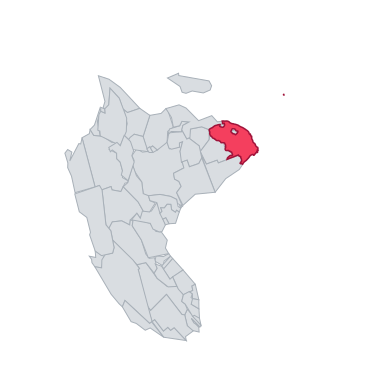 where South Africa sits in Africa, rotated 252°
{"feature_id": "ZAF", "entity_name": "South Africa", "entity_type": "country or territory", "adm_level": 0, "iso_a3": "ZAF", "parent_name": "Africa", "parent_adm1": "", "projection": "albers", "projection_center": [25.295, -34.555], "detail": "fine", "context": "in_parent", "style": "filled", "palette": "rose", "viewbox_px": 384, "rotation_deg": 252, "n_neighbors": 49, "source": "natural_earth", "source_scale": "50m", "svg_char_len": 14663}
<svg xmlns="http://www.w3.org/2000/svg" viewBox="0 0 384 384"><g transform="rotate(252 192 192)"><path d="M259.9,162.6L277.9,175.6L276.3,186.9L279.4,193.0L276.4,194.3L259.4,194.3L257.2,187.6L247.0,183.7L243.4,178.0L242.6,171.9L247.9,168.8L247.0,162.3L259.9,162.6Z" fill="#d9dde1" stroke="#a8b0b8" stroke-width="1"/><path d="M81.1,114.0L82.2,117.1L68.6,121.9L70.8,127.2L67.1,128.9L68.5,133.1L52.5,140.6L62.6,120.2L81.1,114.0Z" fill="#d9dde1" stroke="#a8b0b8" stroke-width="1"/><path d="M242.6,171.9L247.0,183.7L240.0,183.9L238.5,193.9L242.6,195.2L242.8,198.6L234.4,193.2L217.4,191.7L215.5,180.2L209.7,179.4L206.1,182.8L200.7,183.4L196.2,177.2L181.5,178.5L186.1,174.1L189.7,175.1L194.4,170.3L199.6,160.8L202.1,147.6L205.5,145.1L217.0,147.3L229.4,143.8L236.1,143.9L240.1,146.7L245.1,146.0L250.3,152.9L245.2,157.2L242.6,171.9Z" fill="#d9dde1" stroke="#a8b0b8" stroke-width="1"/><path d="M287.7,168.2L287.5,155.2L292.5,151.9L303.6,151.8L316.1,146.1L300.7,139.8L297.0,135.4L299.7,133.5L305.0,137.2L331.5,138.9L324.9,147.9L313.6,156.1L287.7,168.2Z" fill="#d9dde1" stroke="#a8b0b8" stroke-width="1"/><path d="M277.9,175.6L259.9,162.6L264.8,154.9L261.5,148.0L266.8,145.0L277.0,151.5L291.3,152.6L287.5,155.2L287.7,168.2L277.9,175.6Z" fill="#d9dde1" stroke="#a8b0b8" stroke-width="1"/><path d="M225.2,135.7L222.2,134.6L220.8,133.9L221.1,130.9L214.4,124.5L218.7,116.6L222.2,116.7L221.9,106.1L226.8,106.0L226.8,101.4L277.6,104.2L279.2,112.4L282.9,114.4L276.1,116.1L272.8,124.2L264.0,131.0L262.4,136.0L258.2,126.3L252.2,132.3L246.9,130.7L242.7,132.9L233.9,132.5L227.2,130.3L222.5,134.7L225.2,135.7Z" fill="#d9dde1" stroke="#a8b0b8" stroke-width="1"/><path d="M221.9,107.1L222.2,116.7L218.7,116.6L214.4,124.5L218.3,128.2L199.2,137.7L188.8,139.8L183.0,134.7L188.8,133.0L184.5,124.7L179.9,122.6L186.3,116.2L188.2,107.0L183.1,101.7L187.4,100.0L221.9,107.1Z" fill="#d9dde1" stroke="#a8b0b8" stroke-width="1"/><path d="M238.5,248.9L235.9,254.0L232.9,251.8L236.0,248.5L238.5,248.9Z" fill="#d9dde1" stroke="#a8b0b8" stroke-width="1"/><path d="M246.1,227.4L236.5,224.5L228.0,212.4L233.6,213.1L244.3,205.7L252.4,210.0L251.0,221.4L246.1,227.4Z" fill="#d9dde1" stroke="#a8b0b8" stroke-width="1"/><path d="M240.7,226.6L229.1,237.3L222.2,236.7L217.3,241.6L215.2,242.0L212.0,235.4L211.5,226.0L214.5,225.7L214.1,214.3L228.0,212.4L236.5,224.5L240.7,226.6Z" fill="#d9dde1" stroke="#a8b0b8" stroke-width="1"/><path d="M211.5,226.0L212.6,247.5L208.7,249.6L203.8,246.8L202.5,248.6L198.8,244.0L194.3,228.2L184.6,213.9L227.4,211.9L214.1,214.3L214.5,225.7L211.5,226.0Z" fill="#d9dde1" stroke="#a8b0b8" stroke-width="1"/><path d="M61.1,156.6L56.6,155.5L60.5,149.0L66.3,146.2L77.4,147.1L81.9,151.3L62.5,159.4L61.1,157.8L72.0,152.3L61.1,156.6Z" fill="#d9dde1" stroke="#a8b0b8" stroke-width="1"/><path d="M81.9,151.3L77.4,147.1L78.6,144.6L102.5,136.1L92.1,116.0L98.4,113.9L135.0,116.9L135.4,118.4L139.9,117.2L139.1,126.3L120.6,132.2L110.0,139.1L106.9,148.4L97.0,152.1L91.1,148.4L87.5,150.9L81.9,151.3Z" fill="#d9dde1" stroke="#a8b0b8" stroke-width="1"/><path d="M52.5,140.6L68.5,133.1L67.1,128.9L70.8,127.2L68.6,121.9L82.2,117.1L81.1,114.0L98.4,113.9L92.1,116.0L102.5,136.1L78.6,144.6L77.4,147.1L66.3,146.2L59.5,150.3L56.5,141.2L52.5,140.6Z" fill="#d9dde1" stroke="#a8b0b8" stroke-width="1"/><path d="M140.6,150.8L137.6,151.8L135.0,144.2L130.7,141.6L137.8,135.2L142.4,138.2L139.4,144.8L140.6,150.8Z" fill="#d9dde1" stroke="#a8b0b8" stroke-width="1"/><path d="M183.1,101.7L188.2,107.0L186.3,116.2L179.9,122.6L184.5,124.7L183.0,127.0L178.3,124.7L162.1,129.0L147.3,128.9L142.1,130.9L141.1,136.0L130.2,135.3L126.4,130.9L139.1,126.3L139.9,117.2L170.8,101.7L180.2,102.8L183.1,101.7Z" fill="#d9dde1" stroke="#a8b0b8" stroke-width="1"/><path d="M140.6,150.8L143.0,130.1L162.1,129.0L178.3,124.7L184.7,127.9L175.1,142.6L165.6,145.5L163.5,150.5L153.9,153.6L146.9,149.4L140.6,150.8Z" fill="#d9dde1" stroke="#a8b0b8" stroke-width="1"/><path d="M184.2,125.9L188.8,133.0L183.0,134.7L189.3,139.0L186.4,147.4L192.8,155.3L169.0,156.6L163.6,151.2L164.2,148.4L168.8,143.4L175.1,142.6L184.2,125.9Z" fill="#d9dde1" stroke="#a8b0b8" stroke-width="1"/><path d="M130.9,140.1L137.6,151.8L134.7,153.1L127.3,141.8L130.9,140.1Z" fill="#d9dde1" stroke="#a8b0b8" stroke-width="1"/><path d="M127.4,140.9L134.7,153.1L120.6,159.4L115.9,144.1L127.4,140.9Z" fill="#d9dde1" stroke="#a8b0b8" stroke-width="1"/><path d="M97.0,152.1L103.7,149.0L117.3,147.3L120.6,159.4L103.2,166.6L102.6,162.9L98.1,162.3L97.0,152.1Z" fill="#d9dde1" stroke="#a8b0b8" stroke-width="1"/><path d="M73.5,154.2L87.5,150.9L91.1,148.4L97.0,152.1L98.2,158.7L95.1,160.9L92.0,158.5L89.4,160.0L85.5,156.6L78.7,162.5L69.6,160.1L73.5,154.2Z" fill="#d9dde1" stroke="#a8b0b8" stroke-width="1"/><path d="M62.5,159.4L73.5,154.2L74.0,156.1L69.6,160.1L62.5,159.4Z" fill="#d9dde1" stroke="#a8b0b8" stroke-width="1"/><path d="M97.7,158.9L98.1,162.3L102.6,162.9L103.2,166.6L87.4,165.2L90.4,159.5L95.1,160.9L97.7,158.9Z" fill="#d9dde1" stroke="#a8b0b8" stroke-width="1"/><path d="M78.7,162.5L85.5,156.6L90.4,159.5L87.4,165.2L78.7,162.5Z" fill="#d9dde1" stroke="#a8b0b8" stroke-width="1"/><path d="M106.9,148.4L109.1,140.0L120.6,132.2L126.4,130.9L130.2,135.3L134.9,134.8L130.9,140.1L115.9,144.1L117.3,147.3L106.9,148.4Z" fill="#d9dde1" stroke="#a8b0b8" stroke-width="1"/><path d="M236.1,143.9L224.6,144.2L217.0,147.3L205.5,145.1L201.9,149.5L196.8,149.3L192.9,153.7L186.1,145.5L188.8,139.8L199.2,137.7L218.3,128.2L220.8,133.9L236.1,143.9Z" fill="#d9dde1" stroke="#a8b0b8" stroke-width="1"/><path d="M201.9,149.5L199.6,160.8L194.4,170.3L189.7,175.1L182.5,174.3L180.2,176.4L176.9,173.7L179.4,171.7L177.8,170.0L181.5,167.1L186.8,168.0L188.0,164.5L185.4,160.8L186.7,157.4L182.9,157.5L181.8,154.9L192.8,155.3L196.8,149.3L201.9,149.5Z" fill="#d9dde1" stroke="#a8b0b8" stroke-width="1"/><path d="M175.1,155.8L181.4,154.8L182.9,157.5L186.7,157.4L185.4,160.8L188.0,164.5L186.8,168.0L181.5,167.1L177.8,170.0L179.4,171.7L176.9,173.7L167.3,166.7L168.9,160.3L175.6,159.1L175.1,155.8Z" fill="#d9dde1" stroke="#a8b0b8" stroke-width="1"/><path d="M169.0,156.6L175.1,155.8L175.6,159.1L168.9,160.3L169.0,156.6Z" fill="#d9dde1" stroke="#a8b0b8" stroke-width="1"/><path d="M247.0,183.7L255.4,188.3L252.6,200.6L254.3,201.5L244.1,203.5L244.3,205.7L233.6,213.1L221.4,211.8L217.0,207.3L216.8,197.3L223.8,197.2L223.3,191.1L234.4,193.2L242.8,198.6L242.6,195.2L238.5,193.9L239.0,185.8L241.0,183.6L247.0,183.7Z" fill="#d9dde1" stroke="#a8b0b8" stroke-width="1"/><path d="M253.9,186.8L258.9,190.1L258.8,200.7L262.3,204.2L259.5,210.9L258.2,203.9L252.6,200.6L256.0,190.9L253.9,186.8Z" fill="#d9dde1" stroke="#a8b0b8" stroke-width="1"/><path d="M259.4,194.3L269.2,195.5L279.4,193.0L278.9,206.6L273.7,212.3L257.8,220.3L258.5,234.4L250.9,237.8L250.0,242.3L247.8,242.1L246.1,227.4L251.0,221.4L252.4,210.0L244.5,206.9L244.1,203.5L254.3,201.5L258.2,203.9L259.5,210.9L262.3,204.2L258.8,200.7L259.4,194.3Z" fill="#d9dde1" stroke="#a8b0b8" stroke-width="1"/><path d="M247.8,242.1L245.4,243.7L243.8,241.9L245.0,238.6L247.8,242.1Z" fill="#d9dde1" stroke="#a8b0b8" stroke-width="1"/><path d="M180.2,176.4L182.8,175.9L181.5,178.5L180.2,176.4ZM182.1,179.3L196.2,177.2L200.7,183.4L206.1,182.8L209.7,179.4L215.5,180.2L217.4,191.7L223.7,192.0L223.8,197.2L216.8,197.3L217.0,207.3L221.4,211.8L184.6,213.9L188.9,194.4L182.1,179.3Z" fill="#d9dde1" stroke="#a8b0b8" stroke-width="1"/><path d="M247.0,166.0L247.9,168.8L242.6,171.9L241.7,167.0L247.0,166.0Z" fill="#d9dde1" stroke="#a8b0b8" stroke-width="1"/><path d="M308.0,203.9L309.1,215.9L306.8,215.4L292.4,242.5L287.0,243.5L283.4,240.8L282.7,233.4L288.0,223.4L287.7,216.8L289.9,213.4L296.1,213.2L308.0,203.9Z" fill="#d9dde1" stroke="#a8b0b8" stroke-width="1"/><path d="M61.1,157.8L67.0,153.3L72.0,152.3L61.1,157.8Z" fill="#d9dde1" stroke="#a8b0b8" stroke-width="1"/><path d="M157.7,88.6L147.8,82.6L150.9,76.5L155.7,75.0L158.9,75.7L162.7,74.5L159.5,80.2L165.8,81.7L157.7,88.6Z" fill="#d9dde1" stroke="#a8b0b8" stroke-width="1"/><path d="M81.1,114.0L80.1,111.1L109.6,94.7L104.3,90.3L108.3,88.1L119.7,83.5L150.9,76.5L147.8,82.6L155.3,85.3L159.4,90.2L158.4,97.6L163.2,100.7L170.8,101.7L145.5,114.9L135.4,118.4L135.0,116.9L81.1,114.0Z" fill="#d9dde1" stroke="#a8b0b8" stroke-width="1"/><path d="M273.7,122.1L276.1,116.1L282.9,114.4L285.8,119.9L300.0,130.3L297.0,130.2L288.4,123.8L273.7,122.1Z" fill="#d9dde1" stroke="#a8b0b8" stroke-width="1"/><path d="M62.6,120.2L75.6,110.2L75.0,104.8L84.2,98.4L87.5,94.0L104.3,90.3L109.6,94.7L80.1,111.1L81.0,113.4L62.6,120.2Z" fill="#d9dde1" stroke="#a8b0b8" stroke-width="1"/><path d="M277.6,104.2L226.8,101.4L227.5,80.6L244.3,82.3L253.6,81.3L257.9,82.9L268.2,83.1L270.8,86.9L267.1,90.1L259.3,85.4L273.0,99.3L272.1,101.0L277.6,104.2Z" fill="#d9dde1" stroke="#a8b0b8" stroke-width="1"/><path d="M226.4,79.9L226.8,106.0L221.9,107.1L187.4,100.0L180.2,102.8L163.2,100.7L158.4,97.6L159.5,86.2L165.8,81.7L182.9,81.4L185.1,83.0L200.3,84.1L208.0,78.7L226.4,79.9Z" fill="#d9dde1" stroke="#a8b0b8" stroke-width="1"/><path d="M316.1,146.1L303.6,151.8L282.4,152.7L269.8,148.2L258.2,138.1L273.7,122.1L278.4,123.2L279.9,121.5L294.4,127.4L297.0,130.2L294.0,133.6L298.0,134.6L300.7,139.8L316.1,146.1Z" fill="#d9dde1" stroke="#a8b0b8" stroke-width="1"/><path d="M297.0,130.2L300.8,131.3L298.0,134.6L294.0,133.6L297.0,130.2Z" fill="#d9dde1" stroke="#a8b0b8" stroke-width="1"/><path d="M259.9,162.6L243.9,162.7L250.8,148.5L261.5,148.0L263.1,150.1L264.8,154.9L259.9,162.6Z" fill="#d9dde1" stroke="#a8b0b8" stroke-width="1"/><path d="M247.0,162.3L248.1,165.7L241.7,167.0L242.8,163.5L247.0,162.3Z" fill="#d9dde1" stroke="#a8b0b8" stroke-width="1"/><path d="M249.2,149.2L245.1,146.0L238.4,146.3L222.5,134.7L230.0,130.0L233.9,132.5L242.7,132.9L246.9,130.7L252.2,132.3L256.6,129.2L255.5,126.8L260.1,126.6L262.4,136.0L258.2,138.1L266.8,145.0L259.0,149.1L249.2,149.2Z" fill="#d9dde1" stroke="#a8b0b8" stroke-width="1"/><path d="M240.5,226.9L241.4,226.8L242.2,226.9L243.0,227.3L243.8,227.5L244.6,227.4L245.2,227.4L245.7,227.5L246.1,227.7L246.3,227.9L246.3,228.0L246.5,228.6L246.7,229.3L246.8,229.9L246.9,230.7L246.9,231.2L246.9,231.4L247.1,231.6L247.3,232.0L247.3,232.3L247.6,232.8L247.7,233.3L247.8,233.9L248.0,234.2L248.0,234.4L248.0,234.7L248.0,235.2L247.9,235.9L247.9,236.6L247.9,237.3L247.8,237.6L247.8,238.5L247.6,238.9L247.6,239.3L247.6,239.5L247.4,239.6L246.7,239.2L246.1,238.7L245.8,238.7L245.5,239.0L245.1,239.4L244.9,239.8L244.6,240.2L244.2,240.8L244.1,241.5L244.1,241.9L244.1,242.0L244.3,242.1L244.5,242.5L244.8,243.1L245.4,243.6L245.9,243.8L246.7,243.9L247.3,243.9L247.3,243.5L247.4,242.8L247.6,242.3L247.8,242.4L248.1,242.4L248.6,242.5L249.0,242.6L249.3,242.6L249.8,242.6L250.1,242.6L250.0,243.4L249.5,244.5L249.3,245.0L248.8,247.0L248.3,247.9L248.0,248.3L247.2,249.0L246.8,249.2L246.5,249.2L245.1,250.6L244.6,251.3L244.2,252.3L243.7,252.8L243.1,254.0L242.5,254.9L241.9,255.7L241.0,256.8L240.6,257.1L240.3,257.2L239.6,257.9L238.6,258.9L237.8,259.9L236.7,260.9L236.0,261.4L235.0,262.3L234.7,262.4L233.6,263.3L232.9,263.8L231.6,264.4L231.1,264.5L229.9,264.4L229.4,264.5L229.0,264.8L229.0,265.4L228.8,265.4L228.5,265.4L227.7,265.2L227.3,265.2L227.0,265.5L226.8,265.9L226.2,265.9L225.1,265.5L223.8,265.3L223.5,265.3L222.8,265.6L222.6,265.6L221.7,265.6L221.2,265.4L220.7,265.5L220.3,265.6L219.9,265.7L218.7,266.7L218.1,266.7L217.5,266.9L217.3,266.9L216.8,266.8L216.6,266.8L216.3,266.9L216.0,267.0L215.4,267.2L215.1,267.3L214.1,268.3L213.8,268.3L213.6,268.2L213.0,268.2L212.3,267.8L212.1,267.8L212.2,267.7L212.2,267.4L212.0,267.2L211.9,267.2L211.7,267.2L211.1,267.0L210.8,267.1L210.8,266.9L210.8,266.7L210.7,266.2L210.4,266.1L210.1,266.2L209.9,266.3L209.8,266.5L209.8,267.1L209.7,266.9L209.5,266.6L209.4,266.2L209.4,265.8L209.7,265.6L209.7,265.3L209.6,265.0L209.2,264.4L209.1,264.1L208.8,263.9L208.5,263.4L208.3,263.2L208.2,262.9L207.9,262.6L207.8,262.2L207.9,261.9L208.1,261.8L208.3,262.0L208.6,261.9L208.9,261.5L209.0,261.0L209.0,260.3L208.9,259.8L208.6,258.6L208.4,258.3L207.7,257.4L206.9,256.3L205.9,254.5L205.3,253.4L204.5,251.1L203.8,249.9L202.9,248.8L202.8,248.7L203.3,248.2L203.5,248.1L203.7,247.9L203.7,247.7L203.8,247.4L203.9,247.0L204.1,246.8L204.4,246.6L204.7,246.8L204.8,246.9L204.9,247.1L205.0,247.2L205.3,247.3L205.4,247.6L205.4,247.8L205.4,248.1L205.5,248.3L205.6,248.5L206.2,248.8L206.4,248.9L206.8,248.9L207.2,249.0L207.6,249.1L208.2,249.2L209.0,249.0L209.7,249.0L210.2,249.2L210.6,249.2L210.8,249.0L210.9,248.9L210.9,248.6L211.0,248.5L211.3,248.4L211.5,248.2L211.6,247.9L212.0,247.7L212.6,247.5L212.9,247.4L212.8,247.0L212.8,245.5L212.7,244.1L212.6,242.6L212.5,241.2L212.5,239.7L212.4,238.3L212.3,236.8L212.2,235.4L212.4,235.5L213.4,236.2L213.6,236.6L213.8,236.8L214.2,237.7L214.5,238.5L214.8,239.0L214.8,239.3L214.9,239.6L214.9,239.8L214.8,240.2L214.6,240.4L214.4,240.8L214.4,241.2L214.5,241.8L214.6,242.0L214.8,242.1L215.2,241.9L215.4,242.0L215.8,242.1L216.9,242.0L217.0,242.0L217.4,242.0L217.6,242.0L217.7,241.8L217.8,241.5L218.0,241.4L218.5,241.3L218.7,241.1L219.0,240.4L219.8,239.9L220.0,239.7L220.3,239.4L220.5,238.6L220.7,238.1L220.7,237.8L220.9,237.3L221.1,237.0L221.3,236.9L221.7,236.8L222.0,236.7L222.4,236.8L222.8,236.9L223.3,237.2L223.7,237.6L223.9,237.7L224.1,237.8L224.5,237.8L224.8,237.8L225.2,238.2L225.4,238.2L225.9,238.3L226.4,238.4L226.8,238.4L227.2,238.2L227.5,238.2L227.8,238.2L228.2,238.2L228.5,238.1L228.7,237.9L228.9,237.7L229.1,237.2L229.3,236.7L229.5,236.2L229.7,235.6L229.8,235.1L229.9,234.9L230.3,234.8L230.5,234.7L231.3,234.5L231.5,234.4L231.7,234.2L232.0,233.8L232.4,233.5L232.7,233.3L233.1,231.8L233.2,231.6L233.5,231.2L233.8,231.0L233.9,230.9L234.2,230.7L234.4,230.6L234.7,230.5L234.9,230.4L235.0,230.2L235.4,230.1L235.5,230.0L235.5,229.8L235.7,229.7L235.9,229.6L236.1,229.5L236.1,229.3L236.4,229.0L236.9,228.4L237.5,228.1L238.0,228.0L238.4,227.9L238.9,227.8L239.2,227.5L239.4,227.1L239.8,226.9L240.5,226.9ZM237.7,252.6L238.2,252.4L238.4,252.3L238.6,252.2L238.8,252.1L238.8,251.7L238.9,251.4L239.1,251.2L239.3,250.9L239.5,250.5L239.6,250.1L239.6,249.8L239.5,249.6L239.4,249.4L239.1,249.2L238.8,248.9L238.5,248.6L238.2,248.3L238.1,248.2L237.8,248.0L237.7,247.8L237.6,247.7L237.4,247.7L237.1,247.7L236.4,248.0L236.0,248.2L235.6,248.5L235.3,248.6L235.0,248.7L234.8,249.1L234.6,249.4L234.4,249.7L234.3,249.8L234.2,249.9L234.1,250.1L233.9,250.4L233.7,250.6L233.1,250.9L233.0,251.1L233.1,251.4L233.2,251.7L233.4,252.0L233.5,252.2L233.7,252.5L233.8,252.7L233.8,253.0L234.0,253.3L234.2,253.5L234.4,253.6L234.5,253.7L234.7,254.0L234.9,254.2L235.3,254.3L235.7,254.4L235.8,254.3L235.9,254.2L236.0,254.0L236.0,253.7L236.5,253.0L236.7,252.8L236.9,252.7L237.0,252.7L237.3,252.7L237.5,252.7L237.7,252.6ZM256.4,309.5L255.9,309.4L256.0,309.1L256.3,309.1L256.5,309.3L256.4,309.5Z" fill="#f43f5e" stroke="#9f1239" stroke-width="1.5"/></g></svg>